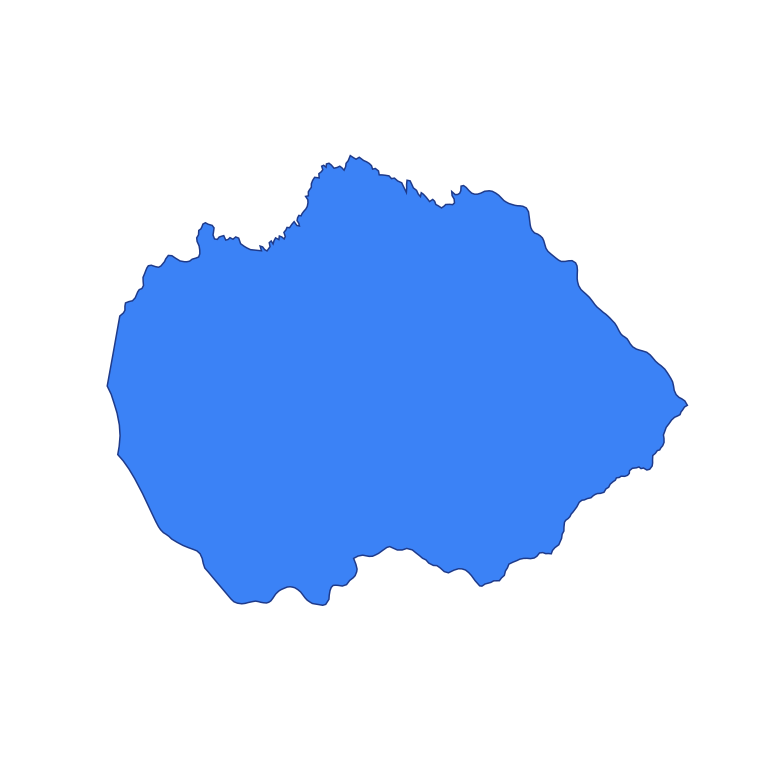 outline of Itanhangá, Mato Grosso, Brazil, rotated 158°
{"feature_id": "56859067B93229831473310", "entity_name": "Itanhangá", "entity_type": "district", "adm_level": 2, "iso_a3": "BRA", "parent_name": "Brazil", "parent_adm1": "Mato Grosso", "projection": "equal_earth", "projection_center": [-56.8, -12.144], "detail": "fine", "context": "isolated", "style": "filled", "palette": "blue", "viewbox_px": 768, "rotation_deg": 158, "n_neighbors": 0, "source": "geoboundaries", "source_scale": "gbopen_adm2", "svg_char_len": 5967}
<svg xmlns="http://www.w3.org/2000/svg" viewBox="0 0 768 768"><g transform="rotate(158 384 384)"><path d="M657.3,418.3L654.6,410.5L652.3,400.7L650.6,389.8L648.9,372.9L647.6,350.1L647.1,341.8L646.5,336.1L645.7,332.5L644.2,328.8L642.5,326.5L640.5,323.4L639.0,319.9L635.1,314.7L630.8,309.6L626.8,305.7L622.5,301.8L620.0,299.4L618.1,295.5L617.9,290.3L618.8,285.3L619.1,280.5L617.5,276.0L615.2,268.8L613.7,264.2L606.3,241.7L604.7,238.3L602.0,235.7L598.2,233.5L594.9,232.6L592.2,232.3L589.7,231.9L587.0,231.4L584.4,230.8L582.0,229.3L579.9,227.7L577.8,226.4L575.0,225.0L572.6,224.8L570.2,225.3L567.3,227.0L565.0,228.6L563.0,229.9L560.6,230.9L558.5,231.6L556.3,231.9L553.4,232.0L549.8,232.0L547.0,231.2L545.0,230.0L543.0,228.5L540.9,225.6L539.2,222.4L538.3,219.1L537.3,215.3L536.2,212.4L534.5,209.8L532.7,207.4L530.7,206.1L527.9,204.4L523.7,201.8L520.6,201.5L515.7,205.0L513.9,208.7L511.5,212.6L509.1,215.2L506.6,216.3L504.3,215.6L502.2,214.6L498.3,212.3L493.9,212.0L489.4,214.7L485.1,215.9L482.6,217.1L479.7,220.1L478.3,222.5L477.6,227.3L477.5,233.7L472.4,234.2L467.9,233.3L462.3,229.7L459.1,228.6L455.7,228.7L452.4,229.0L447.3,230.3L442.6,231.4L439.6,231.1L437.0,228.4L433.8,225.1L429.3,223.3L424.5,223.0L422.6,221.6L419.9,219.6L417.9,215.9L415.4,211.6L413.6,208.1L411.0,205.2L409.6,201.2L406.2,197.3L403.0,195.8L400.9,192.6L398.4,187.5L395.0,184.8L388.7,185.2L384.1,184.8L381.0,183.4L378.1,181.0L376.1,177.4L374.7,173.6L373.2,167.5L370.9,161.0L368.9,159.9L365.2,160.7L359.3,160.0L356.0,160.4L353.9,159.6L350.7,158.4L347.7,160.2L344.1,161.5L341.5,165.1L338.4,167.3L335.7,170.2L331.2,170.5L326.7,170.5L323.7,170.7L319.9,170.0L316.7,168.8L313.6,167.2L309.9,166.4L306.8,167.0L303.1,169.1L299.9,168.2L297.6,166.1L295.2,165.3L292.5,163.9L290.2,166.5L287.0,168.2L282.1,169.5L279.9,171.7L277.2,174.3L275.1,178.0L272.3,180.3L270.7,184.0L268.4,188.3L266.5,189.6L263.6,190.3L261.3,191.4L259.2,193.3L256.9,194.4L251.3,197.8L247.3,201.2L244.0,202.1L241.7,201.5L238.4,201.6L234.7,201.0L231.7,202.1L229.5,202.5L227.2,202.5L224.2,201.5L220.6,201.2L217.5,203.6L214.4,204.1L211.8,206.4L208.6,207.5L205.5,208.2L203.7,209.9L200.8,209.2L198.7,209.7L195.4,208.2L192.4,208.1L190.1,209.2L188.8,211.7L185.3,212.8L181.2,211.7L178.7,211.6L177.4,209.3L174.9,208.9L172.5,205.8L169.6,205.4L166.1,207.5L164.5,210.2L163.4,213.1L161.6,217.0L158.3,218.1L155.5,219.9L153.1,219.6L151.2,221.1L148.7,222.4L146.2,225.0L144.8,228.6L144.0,232.1L141.7,234.6L138.6,238.1L134.7,240.4L130.8,242.9L127.1,244.3L123.7,244.4L121.0,244.7L119.0,246.9L117.0,248.0L114.0,250.1L110.7,250.6L111.4,255.6L113.5,258.8L115.5,261.1L117.1,264.7L117.3,269.4L116.3,273.6L115.6,277.8L115.9,281.4L116.6,285.7L117.1,288.4L118.1,292.6L120.2,297.0L122.1,300.1L123.7,303.4L125.1,307.8L126.3,311.2L128.5,315.0L132.0,317.9L134.0,319.4L136.9,321.8L139.5,325.3L140.7,329.1L141.1,332.0L141.7,334.9L143.2,337.4L144.7,339.5L145.7,342.0L146.2,345.5L146.6,350.3L147.3,354.0L148.5,357.0L149.6,359.9L150.8,362.7L152.2,365.6L153.9,368.3L155.6,371.7L157.6,375.4L158.8,378.8L159.6,382.2L161.1,387.4L163.0,391.6L164.6,394.8L166.0,397.8L166.7,402.2L166.2,406.4L165.4,409.4L163.7,413.4L162.0,417.1L160.8,421.2L161.0,424.6L163.4,427.9L166.8,429.1L170.1,429.8L173.7,431.2L175.7,433.4L177.6,436.6L180.7,442.3L182.3,445.5L183.0,449.1L182.6,453.4L182.2,457.1L182.4,460.1L183.6,462.8L185.3,465.3L187.9,467.7L189.1,470.9L189.3,474.1L188.8,477.0L187.0,483.7L185.5,489.6L186.1,493.9L188.6,496.7L190.9,498.1L193.5,499.3L195.8,500.7L198.3,502.7L200.6,504.6L202.6,507.0L204.1,509.1L205.5,512.6L206.9,516.0L208.8,519.0L211.4,522.1L214.0,523.7L218.5,525.0L222.8,524.7L226.2,525.0L228.8,526.0L231.2,528.1L232.8,531.5L234.2,535.5L235.9,538.2L238.4,538.6L240.4,534.4L242.4,532.5L244.6,532.1L247.0,532.9L249.1,537.1L250.3,533.1L249.7,529.2L250.8,525.5L253.2,524.6L255.9,526.0L259.5,527.3L261.7,526.4L264.7,525.7L267.0,529.0L268.7,531.0L268.6,534.5L269.7,536.9L273.4,536.1L274.9,541.3L276.4,545.2L277.8,547.4L280.0,544.1L281.1,547.3L281.3,551.4L283.3,554.8L283.5,559.6L283.7,562.6L286.3,564.3L288.3,560.6L289.6,557.1L291.5,553.2L291.8,557.4L292.2,563.9L295.3,567.2L297.2,571.0L300.1,571.6L301.4,575.1L304.7,577.1L307.3,578.5L310.1,579.7L309.3,583.6L311.3,587.1L314.1,587.5L313.8,591.1L315.0,593.9L316.8,596.4L319.2,598.9L322.0,603.5L325.7,602.9L327.7,605.5L329.7,608.4L333.6,604.4L336.5,602.8L338.2,599.8L340.9,597.2L342.0,600.1L343.4,602.5L346.3,602.3L349.5,602.8L350.8,606.7L352.3,609.3L354.9,609.6L356.5,606.7L358.0,609.4L360.2,609.3L360.5,605.6L362.6,604.3L365.6,603.4L366.9,599.4L370.9,601.6L373.9,599.5L376.4,596.8L377.7,593.6L380.3,592.0L382.2,590.5L383.6,586.8L386.4,587.3L385.6,583.4L386.6,580.5L388.6,577.4L390.8,575.6L393.6,574.2L396.1,572.7L397.9,571.0L399.8,572.2L401.9,570.4L403.4,568.1L402.8,565.0L403.2,562.2L405.4,563.6L406.5,568.2L409.6,566.6L413.0,564.3L415.3,565.5L417.2,563.6L420.0,562.1L420.3,557.7L422.2,555.9L423.7,558.6L425.6,560.4L427.4,557.3L429.8,560.1L432.5,557.8L434.4,555.4L435.0,558.9L437.5,558.0L438.2,554.0L440.6,552.5L442.6,551.2L444.3,553.3L445.2,556.6L447.2,558.3L447.7,553.4L452.6,556.0L457.5,558.6L460.3,561.7L462.1,564.1L464.4,567.8L464.1,573.7L466.4,575.9L469.8,574.8L472.0,577.4L474.4,576.4L476.8,576.7L477.0,581.6L479.6,581.9L481.8,582.0L484.4,580.5L486.8,582.0L486.7,586.2L485.2,588.7L483.1,592.4L483.9,595.4L487.2,598.0L489.2,600.4L492.0,600.1L493.9,598.0L495.7,596.4L498.2,595.8L500.1,591.8L502.9,589.7L503.9,586.2L503.7,581.3L504.7,577.1L506.0,573.7L508.3,571.2L511.2,571.2L515.1,571.6L518.3,570.7L521.0,571.2L523.2,572.1L527.0,574.5L530.2,578.8L532.6,582.4L535.8,584.0L539.6,581.7L541.6,579.7L546.6,577.0L549.3,576.7L551.9,578.4L555.3,581.3L558.2,581.9L560.3,580.5L562.4,578.4L564.5,576.1L567.5,573.1L568.9,569.3L570.1,565.4L572.7,563.2L575.6,563.2L577.8,561.7L582.4,557.1L586.0,555.4L589.8,556.0L593.3,556.0L595.0,553.3L596.6,549.4L599.0,547.5L603.5,546.0L623.2,514.6L641.4,485.8L640.8,476.6L641.5,467.1L642.4,457.0L644.7,445.2L648.1,434.9L652.9,425.4L657.3,418.3Z" fill="#3b82f6" stroke="#1e3a8a" stroke-width="1.5"/></g></svg>